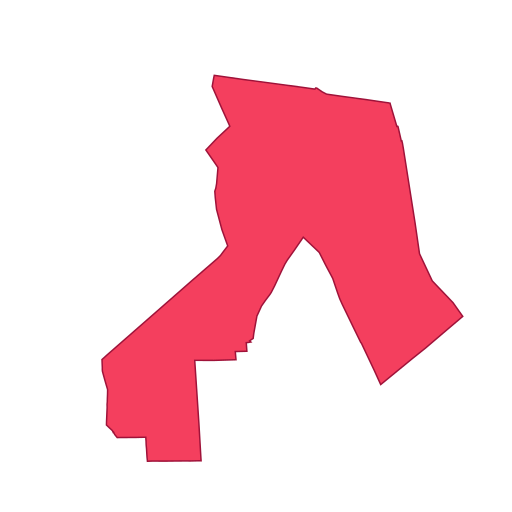 the district of Curtici, Arad, Romania, rotated 256°
{"feature_id": "2599482B1459479635859", "entity_name": "Curtici", "entity_type": "district", "adm_level": 2, "iso_a3": "ROU", "parent_name": "Romania", "parent_adm1": "Arad", "projection": "natural_earth1", "projection_center": [21.262, 46.352], "detail": "fine", "context": "isolated", "style": "filled", "palette": "rose", "viewbox_px": 512, "rotation_deg": 256, "n_neighbors": 0, "source": "geoboundaries", "source_scale": "gbopen_adm2", "svg_char_len": 1968}
<svg xmlns="http://www.w3.org/2000/svg" viewBox="0 0 512 512"><g transform="rotate(256 256 256)"><path d="M371.8,423.1L372.7,421.3L373.4,419.5L376.8,411.2L380.1,403.2L390.1,378.1L396.0,363.6L399.3,359.9L402.6,357.0L404.2,355.6L404.6,354.6L403.7,353.5L408.4,341.9L430.5,286.0L441.4,259.2L438.7,257.9L431.1,254.5L408.2,258.4L390.6,261.6L388.2,262.0L379.7,246.7L371.0,233.0L355.4,238.9L351.0,240.5L335.8,235.3L331.5,233.4L328.8,231.7L322.5,230.6L310.8,229.0L289.8,229.3L272.6,231.0L268.4,225.7L265.1,221.7L262.9,218.0L248.1,188.8L229.2,152.1L195.7,86.9L194.1,84.0L192.8,81.5L192.2,81.4L188.9,80.7L185.0,79.9L182.6,79.3L181.1,79.1L176.7,79.2L172.4,79.3L166.9,79.5L162.6,79.7L161.9,79.6L157.8,78.5L153.7,77.3L150.4,76.4L148.1,75.6L145.0,74.9L140.6,73.6L136.2,72.3L131.8,71.0L128.2,70.0L124.7,72.2L121.3,74.4L119.3,74.8L119.5,75.2L117.0,75.7L113.4,77.4L112.5,81.3L111.3,86.1L110.2,90.8L109.0,95.6L107.9,100.6L106.8,105.2L102.9,104.5L99.1,103.7L95.2,103.1L91.0,102.3L87.2,101.6L83.1,101.0L82.2,105.4L81.0,110.2L79.8,114.9L78.8,118.9L77.9,122.7L76.9,126.9L76.0,130.6L75.0,134.8L74.0,138.9L73.0,142.7L72.1,146.8L71.2,150.8L70.6,153.2L72.4,153.5L107.4,160.1L169.6,171.3L164.9,189.9L160.2,211.5L168.3,212.8L165.8,224.1L174.3,225.6L174.1,226.6L174.0,227.4L173.8,230.2L175.3,229.3L176.7,233.3L181.6,235.2L197.8,242.5L198.1,242.8L198.3,243.0L204.7,248.1L206.1,249.2L210.8,254.6L215.5,260.4L217.0,262.0L222.6,266.9L235.1,277.0L241.2,282.1L244.3,285.2L252.1,294.3L262.8,306.4L244.7,317.9L243.9,318.3L231.1,321.2L227.0,322.2L219.9,324.0L215.8,325.0L213.7,325.2L209.8,325.5L200.2,326.3L194.3,326.9L188.2,328.0L163.8,333.1L146.9,336.7L145.8,337.2L116.8,343.0L101.1,345.9L105.7,355.6L118.5,382.6L125.8,398.5L127.4,401.7L138.1,423.2L145.7,438.6L147.4,442.0L153.2,439.7L163.0,435.9L189.2,421.0L218.6,415.2L249.2,418.3L324.8,425.0L330.2,425.4L332.5,425.4L332.5,424.8L347.1,425.1L347.6,424.9L347.6,424.0L371.5,423.0L371.8,423.1Z" fill="#f43f5e" stroke="#9f1239" stroke-width="1.5"/></g></svg>